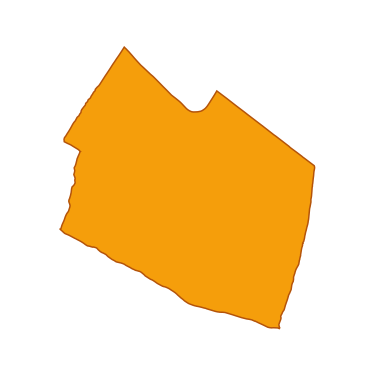 Chatuchak, Bangkok Metropolis, Thailand (Robinson projection), rotated 116°
{"feature_id": "78962969B62274513828859", "entity_name": "Chatuchak", "entity_type": "district", "adm_level": 2, "iso_a3": "THA", "parent_name": "Thailand", "parent_adm1": "Bangkok Metropolis", "projection": "robinson", "projection_center": [100.572, 13.827], "detail": "fine", "context": "isolated", "style": "filled", "palette": "amber", "viewbox_px": 384, "rotation_deg": 116, "n_neighbors": 0, "source": "geoboundaries", "source_scale": "gbopen_adm2", "svg_char_len": 5726}
<svg xmlns="http://www.w3.org/2000/svg" viewBox="0 0 384 384"><g transform="rotate(116 192 192)"><path d="M276.5,53.7L275.7,53.6L275.4,53.8L275.3,54.1L273.4,55.6L273.2,55.7L273.0,55.8L272.5,55.9L271.6,56.0L271.0,56.1L268.5,56.3L267.6,56.4L266.6,56.7L266.3,56.7L266.1,56.8L265.9,57.0L265.5,57.4L265.4,57.5L264.8,57.7L264.4,57.8L264.1,57.9L262.5,57.8L260.0,57.9L259.6,57.9L259.2,57.8L258.1,57.6L257.6,57.6L256.6,57.7L252.9,58.4L249.6,58.8L247.1,59.1L245.3,59.4L241.9,60.0L240.7,59.9L236.6,60.1L236.0,60.2L231.7,61.6L229.4,61.9L228.2,61.8L226.1,62.4L224.0,63.4L223.1,63.6L219.8,64.0L219.0,64.2L218.6,64.3L217.1,64.5L216.6,64.6L214.6,64.6L211.5,64.4L211.0,64.4L210.4,64.4L209.5,64.6L207.1,65.3L206.9,65.4L205.1,65.7L204.8,65.8L204.5,66.0L204.3,66.0L202.8,66.3L201.9,66.4L201.5,66.5L201.1,66.8L200.4,67.0L195.8,68.4L193.9,68.9L192.3,69.1L191.1,69.4L190.6,69.7L190.5,69.8L190.3,69.8L190.0,69.8L189.8,69.8L189.7,69.8L189.5,69.7L189.3,70.1L187.8,70.0L187.5,70.0L187.1,70.0L186.3,70.2L184.4,70.6L183.1,71.0L182.5,71.2L181.9,71.4L181.3,71.5L179.7,71.9L179.3,72.0L178.6,72.2L176.4,72.6L175.9,72.7L173.4,73.3L170.5,73.8L168.6,74.3L167.5,74.7L165.3,75.3L163.4,76.0L162.9,76.2L155.4,79.0L153.6,79.4L148.9,80.7L146.7,81.8L146.2,82.0L145.8,82.1L144.9,82.3L143.3,82.8L138.7,84.6L135.3,86.0L134.0,86.3L132.8,86.9L131.6,87.2L129.9,87.8L127.2,88.8L124.2,89.8L121.2,91.0L119.7,91.5L117.3,92.1L115.9,92.7L114.8,93.7L112.4,105.8L112.1,107.6L111.7,109.1L110.5,115.1L109.2,122.1L108.7,124.2L108.5,124.6L105.1,141.1L104.7,143.6L102.1,155.8L98.1,175.6L97.2,179.8L95.2,189.9L92.7,201.7L90.9,210.9L90.3,214.0L95.1,214.4L98.8,214.8L105.8,215.6L107.8,215.9L108.5,216.0L110.7,216.6L111.9,217.1L114.0,218.3L114.6,218.7L115.6,219.6L116.5,220.8L117.4,222.0L118.3,223.6L119.4,225.7L119.8,226.8L120.0,227.6L120.1,228.6L120.1,229.3L120.1,230.0L120.0,231.0L119.9,231.8L119.5,233.5L118.6,235.9L117.2,239.6L116.5,241.6L116.0,243.4L114.9,248.2L114.0,252.6L113.9,253.0L113.0,255.5L111.7,259.1L110.5,262.6L110.1,263.8L105.9,275.6L105.2,277.7L104.3,281.2L102.9,285.6L102.2,287.8L100.4,293.8L98.8,297.9L96.9,302.6L95.5,305.8L94.3,308.7L93.9,309.6L92.9,312.3L92.4,313.6L91.8,315.5L91.5,316.4L94.9,316.8L96.0,316.9L101.4,317.6L105.2,318.2L109.1,318.7L111.6,319.1L117.7,319.8L123.1,320.5L125.0,320.8L135.9,322.1L137.5,322.4L137.9,322.6L139.1,323.1L139.7,323.3L140.4,323.5L141.0,323.6L141.4,323.7L141.9,323.9L142.1,323.9L142.7,323.7L143.1,323.6L143.3,323.5L143.7,323.6L143.8,323.6L144.9,324.0L145.7,324.2L147.9,324.3L149.4,324.6L150.5,324.6L151.3,324.6L151.9,324.6L152.7,324.8L154.2,325.6L154.5,325.7L154.8,325.7L155.0,325.7L155.5,325.6L156.6,325.6L156.8,325.6L158.6,326.3L158.8,326.3L159.0,326.4L160.0,326.1L160.7,326.0L161.2,326.1L162.7,326.5L165.6,327.1L166.2,327.2L167.1,327.2L167.5,327.2L169.2,326.7L169.5,326.7L171.4,327.1L171.7,327.1L172.5,327.0L172.8,327.0L173.2,327.1L175.0,327.9L175.4,328.0L175.7,328.0L179.1,328.1L179.3,328.1L180.2,328.4L181.6,328.7L182.6,328.8L183.3,328.9L185.8,329.0L187.9,329.1L191.4,329.4L194.7,329.8L197.1,330.0L198.9,330.4L199.4,330.4L200.8,330.1L202.4,329.1L202.8,328.9L202.9,325.4L202.8,323.0L202.8,321.6L203.1,318.9L203.6,313.5L203.7,312.7L204.3,310.8L204.5,310.7L204.6,310.2L204.7,310.3L206.6,310.1L209.5,310.0L212.6,309.8L213.8,309.5L214.8,309.3L217.5,308.7L219.7,308.4L220.0,308.4L221.5,308.5L221.8,308.5L222.5,308.1L223.7,307.1L224.3,306.7L224.7,306.6L225.0,306.5L226.1,306.2L227.9,305.9L228.2,305.7L228.3,305.7L229.9,304.0L230.4,303.5L230.6,303.3L231.1,303.0L231.6,302.8L232.6,302.6L234.6,301.3L234.9,301.1L235.2,301.1L235.7,301.0L236.8,301.1L237.3,301.1L238.1,301.3L239.2,301.7L240.0,302.0L241.6,301.7L242.0,301.6L245.4,300.4L248.3,299.7L251.4,299.2L253.1,299.1L254.3,298.7L255.3,297.9L256.2,296.9L257.2,296.0L257.6,295.7L257.9,295.6L258.7,295.3L259.1,295.2L262.6,294.7L263.5,294.6L264.2,294.7L265.8,295.0L266.9,295.1L268.1,295.1L270.1,295.0L273.0,294.6L274.4,294.5L277.9,294.4L279.0,294.3L282.1,293.8L282.4,293.8L282.8,293.9L283.2,294.3L283.3,294.2L283.4,293.8L284.9,288.7L285.0,288.1L285.0,287.3L284.8,284.4L284.8,282.7L285.0,277.3L285.1,271.7L285.2,270.0L285.5,267.2L286.0,264.6L286.2,263.0L286.2,262.3L286.2,262.1L286.0,261.6L285.4,259.2L285.5,259.1L285.5,258.9L285.0,256.8L284.9,256.7L284.7,256.5L284.6,256.4L284.2,254.0L284.1,253.4L284.2,253.1L284.3,252.6L285.0,251.0L285.6,248.9L285.8,248.1L285.8,247.8L285.9,246.9L285.9,246.4L285.8,244.8L285.9,242.5L285.9,242.1L286.0,241.8L286.1,241.4L286.8,239.4L286.9,239.0L287.5,235.5L287.6,234.9L287.7,234.0L287.7,233.3L287.7,232.1L288.0,229.5L287.5,227.2L286.9,224.6L286.7,223.0L286.6,221.1L286.9,219.2L286.9,218.9L287.0,215.2L287.0,214.8L287.0,214.2L287.2,213.0L287.2,212.7L287.2,211.1L287.1,210.1L287.2,208.5L287.0,207.9L286.3,203.9L286.3,203.7L286.3,203.2L286.7,201.2L287.3,198.9L287.7,197.8L287.9,197.4L288.6,191.5L288.6,190.9L288.6,190.4L288.5,189.1L288.7,187.3L288.9,185.8L289.1,184.7L289.3,183.6L289.4,182.5L289.5,180.1L289.6,177.1L289.5,176.8L289.5,176.3L289.4,176.0L289.2,175.1L289.1,174.7L289.0,174.0L288.9,172.2L288.9,170.8L289.0,169.4L289.2,168.2L289.5,165.5L289.8,163.6L289.9,162.9L290.2,161.8L290.4,161.0L290.8,159.9L292.1,155.3L292.5,153.1L293.1,151.1L293.2,150.5L293.3,149.8L293.5,148.2L293.7,146.5L293.7,145.9L293.6,144.4L293.4,142.5L293.3,141.3L293.1,140.0L292.6,137.7L292.0,135.5L291.5,133.2L291.2,131.6L291.0,130.4L290.6,128.9L290.5,127.5L289.8,123.2L289.1,118.9L289.0,118.4L288.6,116.7L287.7,114.0L286.7,111.9L286.0,110.0L285.8,109.5L285.6,108.1L285.4,107.0L284.6,102.1L284.1,98.5L283.2,92.5L282.1,87.2L281.5,85.4L281.1,83.9L280.7,82.2L280.6,79.0L280.5,78.8L280.4,78.7L280.4,74.6L280.3,70.8L280.3,66.2L280.3,64.6L280.2,64.1L279.8,62.5L279.3,61.1L278.2,59.1L277.0,56.3L276.5,55.0L276.5,54.0L276.5,53.7Z" fill="#f59e0b" stroke="#b45309" stroke-width="1.5"/></g></svg>